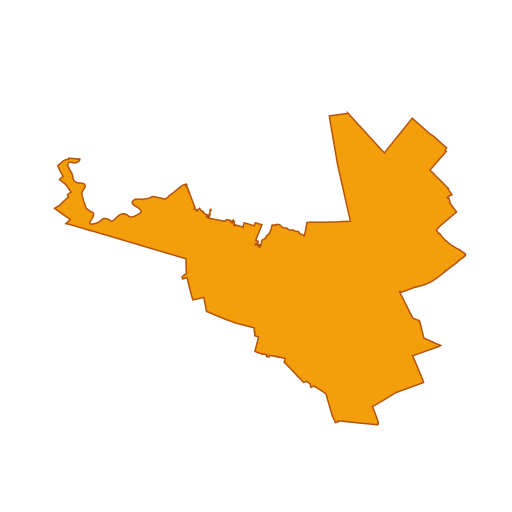 outline of Stichtse Vecht, Utrecht, Netherlands, rotated 277°
{"feature_id": "6326949B24894131059498", "entity_name": "Stichtse Vecht", "entity_type": "district", "adm_level": 2, "iso_a3": "NLD", "parent_name": "Netherlands", "parent_adm1": "Utrecht", "projection": "albers", "projection_center": [5.022, 52.203], "detail": "fine", "context": "isolated", "style": "filled", "palette": "amber", "viewbox_px": 512, "rotation_deg": 277, "n_neighbors": 0, "source": "geoboundaries", "source_scale": "gbopen_adm2", "svg_char_len": 5979}
<svg xmlns="http://www.w3.org/2000/svg" viewBox="0 0 512 512"><g transform="rotate(277 256 256)"><path d="M404.0,311.7L397.9,313.4L355.5,326.2L338.2,332.5L337.4,332.6L337.4,332.8L336.4,333.2L323.5,337.7L304.2,344.7L302.3,345.3L301.9,345.0L301.2,341.1L300.9,338.0L299.7,332.4L299.3,330.2L298.7,324.5L298.1,321.8L296.4,307.8L295.8,303.3L295.1,302.4L287.3,302.1L281.7,301.5L281.8,301.0L282.4,300.7L282.7,300.1L283.4,296.9L283.8,296.4L284.8,295.8L285.4,295.1L285.6,291.3L286.3,289.9L286.4,289.3L286.4,288.8L286.0,287.5L285.8,286.2L285.9,285.7L286.1,285.1L287.2,283.8L287.6,278.8L288.0,278.1L289.5,276.5L290.0,274.9L290.0,273.7L289.5,271.5L288.5,271.4L289.0,269.5L288.6,268.2L284.4,267.8L283.3,267.3L281.2,266.8L280.7,267.0L280.5,266.9L280.5,266.5L279.5,266.3L278.7,265.1L277.8,264.4L277.3,264.3L276.2,263.6L275.0,263.4L275.0,263.1L273.9,262.3L272.6,260.3L272.2,260.0L271.6,259.8L268.4,259.6L267.9,259.4L267.3,259.6L265.1,258.7L265.4,258.4L267.4,259.2L267.7,259.1L267.1,258.4L266.9,257.9L265.6,257.3L265.6,257.2L266.1,257.3L267.2,257.9L267.7,258.4L267.8,256.7L267.0,256.8L266.9,256.5L267.1,253.8L268.3,254.1L268.1,255.9L270.2,256.1L270.1,256.4L270.6,256.4L270.7,255.4L271.3,255.4L271.5,253.7L287.8,258.1L288.9,251.3L285.8,250.7L286.5,246.4L286.6,246.2L286.6,245.9L287.5,240.2L283.0,239.6L283.3,238.4L284.0,234.1L284.2,233.1L284.4,232.2L284.4,231.7L283.5,231.7L283.6,230.2L287.9,230.4L288.1,229.5L287.8,229.1L288.8,229.0L288.7,228.8L288.3,228.6L286.0,228.6L285.9,228.4L286.5,228.2L286.4,227.8L286.4,226.8L288.2,226.8L287.9,225.5L288.4,225.0L288.5,224.3L288.2,224.2L288.5,223.4L288.1,221.9L287.6,221.4L286.6,221.1L287.8,204.6L291.6,205.4L291.8,204.5L295.6,205.5L295.6,205.3L296.6,205.8L296.9,205.4L295.7,204.7L295.6,205.3L288.3,203.6L288.5,202.2L290.9,202.6L291.1,201.9L291.2,201.4L291.5,200.6L292.8,198.2L293.5,198.4L294.2,197.0L294.0,196.6L294.7,195.6L295.8,194.9L296.4,194.0L294.4,192.7L294.7,192.2L293.8,192.1L293.5,191.4L294.7,190.8L295.1,188.9L296.3,189.7L297.5,189.1L298.0,188.4L298.3,188.6L310.2,182.4L310.4,182.2L310.8,181.7L311.1,182.0L311.8,181.6L312.3,180.8L312.7,181.1L316.7,179.0L316.0,178.5L316.7,178.1L316.9,178.2L317.5,177.5L318.5,178.5L318.9,178.1L318.5,177.0L318.1,176.6L317.7,175.3L316.7,173.9L306.8,164.3L305.0,162.1L304.0,161.6L302.4,160.1L301.4,158.8L302.3,150.2L302.5,147.2L302.5,146.4L302.1,145.5L300.5,143.2L299.8,141.3L298.6,137.0L298.5,134.8L298.0,132.5L297.8,130.0L297.6,129.2L297.1,128.5L295.9,127.3L294.8,126.7L293.7,126.7L292.8,127.2L291.9,128.1L291.1,129.4L289.7,132.7L289.0,134.0L287.7,135.6L286.4,136.5L285.2,136.4L284.6,136.0L282.3,133.0L280.7,130.5L279.7,128.4L279.5,127.4L279.4,126.4L279.7,125.2L281.1,123.3L281.6,121.9L281.9,120.1L281.6,118.4L280.9,116.7L279.6,115.0L278.3,113.8L274.2,110.4L272.9,108.8L272.8,108.2L272.9,107.6L274.2,105.7L274.7,104.2L274.9,102.2L274.7,100.5L274.3,99.7L273.8,99.0L271.4,96.9L270.3,95.6L268.4,91.8L267.5,88.7L267.7,87.8L268.2,87.3L268.7,87.0L269.3,86.9L275.5,89.7L277.3,89.8L278.8,89.3L279.4,88.7L279.8,87.1L281.9,82.8L282.9,81.6L283.9,80.9L285.5,80.4L290.1,77.9L295.8,75.7L297.0,75.5L298.2,75.6L299.8,76.2L303.3,77.8L304.4,78.0L305.4,77.8L306.3,77.0L306.9,75.9L307.0,75.2L306.9,70.6L307.0,69.4L307.5,67.9L308.6,66.2L309.8,65.3L313.6,64.1L315.2,63.4L320.6,59.5L322.9,58.2L323.8,58.0L324.9,58.2L325.8,58.6L326.4,59.0L326.5,60.0L326.3,64.4L326.4,65.3L326.7,66.2L327.4,67.5L328.6,68.8L329.8,69.3L330.8,69.3L330.8,67.5L330.3,67.5L330.5,64.1L330.2,58.1L329.2,58.4L328.3,55.4L327.0,53.3L321.5,48.2L314.6,52.4L311.5,55.0L309.8,53.0L308.0,51.7L303.7,58.5L298.5,63.3L296.8,64.6L295.1,62.5L293.9,61.3L291.9,62.8L285.6,57.3L283.0,55.4L282.7,55.5L278.8,50.2L272.8,61.0L269.7,67.3L264.9,63.3L264.7,66.8L264.4,68.7L262.2,82.0L261.4,85.9L261.5,86.3L261.3,86.4L261.0,88.2L260.8,90.8L253.4,135.1L253.6,135.1L253.1,138.4L252.8,138.3L252.7,139.0L244.7,186.9L234.9,188.2L229.9,189.1L228.9,187.5L226.0,185.1L224.3,186.0L226.0,190.4L220.7,192.2L212.1,195.5L204.8,198.6L207.6,206.8L208.5,209.3L195.0,213.6L193.3,219.7L192.7,221.3L191.9,224.4L191.6,225.3L190.9,228.3L189.4,233.3L188.7,236.9L186.9,244.4L184.4,263.1L180.6,263.4L180.4,263.6L180.3,264.3L176.7,264.5L175.9,268.5L161.2,266.5L159.9,271.6L159.7,273.6L159.4,273.6L159.3,274.4L159.6,274.5L159.2,278.9L157.5,278.6L157.4,281.2L159.1,281.5L158.9,282.7L159.0,282.7L158.6,289.7L158.3,289.6L158.3,291.2L158.5,291.2L158.3,293.1L157.8,297.5L155.7,297.3L154.3,296.8L153.6,297.4L153.7,297.5L143.9,309.5L141.1,312.5L141.2,312.8L136.2,318.7L137.7,321.3L136.0,325.1L132.4,326.5L134.0,329.4L130.1,337.8L128.3,341.2L128.1,342.0L107.4,350.9L107.2,351.2L106.1,351.5L102.7,353.8L100.2,355.0L101.6,358.0L102.4,357.9L102.5,359.2L102.8,379.0L103.3,397.4L104.0,397.9L105.2,397.3L105.5,397.8L109.2,396.1L120.8,390.0L128.3,400.0L137.2,411.1L150.9,437.8L153.6,436.5L176.0,423.7L188.0,447.4L188.0,448.1L188.4,448.5L189.4,450.0L189.6,449.5L189.8,449.8L191.9,442.5L192.3,441.4L192.5,441.3L192.4,440.9L195.1,432.6L210.5,426.7L210.4,426.4L211.8,426.0L213.1,420.1L213.3,419.9L213.6,419.2L218.3,415.9L223.8,412.3L223.9,412.0L224.2,411.8L224.4,411.9L224.9,411.6L235.1,404.7L236.9,403.5L237.0,403.7L238.3,402.8L238.4,403.2L237.5,403.8L237.7,404.6L243.1,415.2L244.3,417.2L244.7,418.1L244.5,418.4L247.8,426.2L250.0,430.2L252.2,433.5L256.0,438.0L263.7,445.7L264.0,445.5L264.0,445.8L264.3,446.0L264.5,445.9L264.5,446.1L264.4,446.3L273.4,455.6L276.3,458.2L276.5,457.9L277.0,458.4L279.0,461.1L281.1,462.7L280.9,463.0L282.0,463.7L282.2,463.4L282.5,463.3L283.5,463.8L287.3,456.6L287.1,456.5L287.8,454.7L290.7,448.5L292.0,446.1L294.2,443.0L294.1,442.7L297.3,438.7L300.8,435.5L300.2,434.8L304.0,431.9L307.9,434.7L324.2,449.7L332.7,441.5L333.1,442.0L336.8,440.5L336.8,439.3L337.5,438.6L338.4,439.6L339.4,440.8L340.2,442.2L340.6,443.1L345.8,438.5L346.3,438.9L362.5,418.2L383.1,432.2L383.8,431.2L384.2,430.9L384.9,431.0L386.5,432.1L390.1,426.8L396.6,417.6L398.2,414.2L401.2,409.5L402.7,407.5L411.8,394.3L373.9,370.8L409.2,329.6L408.8,329.7L408.7,329.5L404.0,311.7Z" fill="#f59e0b" stroke="#b45309" stroke-width="1.5"/></g></svg>